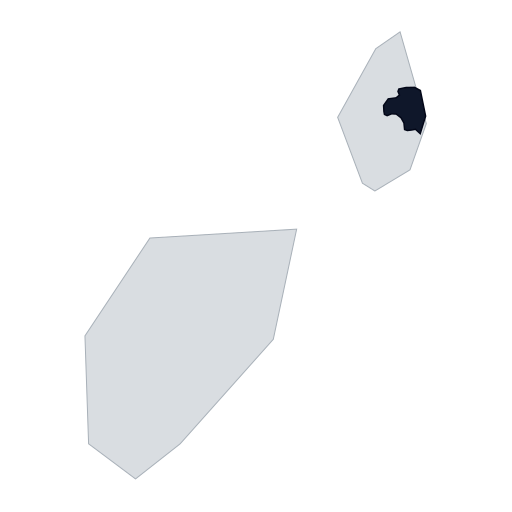 where Żebbuġ sits in Malta, rotated 87°
{"feature_id": "MLT-5977", "entity_name": "Żebbuġ", "entity_type": "state/province", "adm_level": 1, "iso_a3": "MLT", "parent_name": "Malta", "parent_adm1": "", "projection": "mercator", "projection_center": [14.249, 36.061], "detail": "fine", "context": "in_parent", "style": "filled", "palette": "ink", "viewbox_px": 512, "rotation_deg": 87, "n_neighbors": 0, "source": "natural_earth", "source_scale": "10m", "svg_char_len": 682}
<svg xmlns="http://www.w3.org/2000/svg" viewBox="0 0 512 512"><g transform="rotate(87 256 256)"><path d="M472.3,388.0L434.8,433.0L326.8,431.0L232.5,361.0L231.3,214.0L340.1,243.1L439.6,341.6L472.3,388.0ZM188.9,145.9L121.8,167.2L55.2,125.5L39.7,100.4L132.7,79.0L178.0,97.7L197.3,133.9L188.9,145.9Z" fill="#d9dde1" stroke="#a8b0b8" stroke-width="1"/><path d="M99.3,83.2L125.2,79.3L142.4,85.6L137.8,90.1L138.3,93.8L138.6,98.3L137.5,101.0L130.9,101.3L125.6,103.9L121.6,108.5L121.1,113.1L122.7,117.7L121.3,120.3L118.4,120.7L112.3,120.7L106.0,115.7L105.4,107.9L102.8,104.3L99.1,105.6L96.7,104.6L95.6,97.4L95.9,88.8L99.3,83.2Z" fill="#0f172a" stroke="#020617" stroke-width="1.5"/></g></svg>